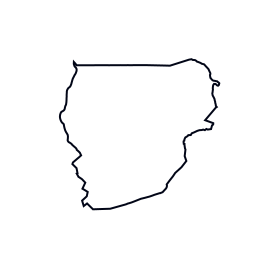 the district of Cuyamecalco Villa de Zaragoza, Oaxaca, Mexico, rotated 294°
{"feature_id": "50627088B17451896307206", "entity_name": "Cuyamecalco Villa de Zaragoza", "entity_type": "district", "adm_level": 2, "iso_a3": "MEX", "parent_name": "Mexico", "parent_adm1": "Oaxaca", "projection": "orthographic", "projection_center": [-96.852, 17.969], "detail": "fine", "context": "isolated", "style": "outline", "palette": "ink", "viewbox_px": 256, "rotation_deg": 294, "n_neighbors": 0, "source": "geoboundaries", "source_scale": "gbopen_adm2", "svg_char_len": 3072}
<svg xmlns="http://www.w3.org/2000/svg" viewBox="0 0 256 256"><g transform="rotate(294 128 128)"><path d="M121.6,194.7L125.4,191.2L130.9,189.5L131.8,189.2L132.5,188.4L135.3,186.6L136.4,186.1L136.2,185.4L137.9,184.4L138.6,184.2L139.3,184.6L140.5,184.2L142.6,184.2L144.8,185.7L146.0,186.0L147.1,188.2L149.1,188.4L150.7,190.0L153.5,192.4L155.1,194.2L156.2,196.3L157.1,197.3L157.3,199.1L159.0,200.0L159.0,201.5L160.8,204.3L164.6,203.7L165.6,204.3L166.3,204.3L167.1,203.9L166.5,195.3L182.6,200.0L183.3,200.5L183.9,199.3L185.4,198.4L186.4,197.5L187.5,196.9L188.5,196.0L189.7,195.2L190.8,193.9L191.5,193.0L192.2,192.1L192.3,192.0L194.0,190.9L195.2,190.7L196.3,190.3L197.6,190.0L198.4,189.5L199.3,189.1L200.9,188.6L201.9,188.4L203.3,188.7L203.8,189.9L203.6,191.0L203.3,191.7L203.1,192.5L203.4,193.2L204.3,193.5L206.0,193.2L206.4,192.3L206.5,191.5L206.9,190.6L206.6,189.3L206.4,188.2L206.0,186.8L206.0,185.9L206.5,184.5L207.1,183.5L207.3,182.9L208.5,182.1L209.8,181.3L210.9,181.3L211.8,180.7L212.2,180.2L212.6,179.7L213.3,178.9L214.5,177.6L215.4,175.6L216.0,174.1L217.1,171.7L216.9,170.2L216.7,169.3L216.8,168.6L217.0,167.8L216.9,167.1L216.9,165.8L216.8,164.8L216.7,163.9L217.1,163.1L217.3,161.7L217.1,161.0L216.5,159.4L216.7,158.1L215.3,156.0L202.0,141.0L199.9,135.9L192.6,118.5L188.5,109.3L187.2,106.5L186.7,105.5L186.0,103.9L185.2,101.9L185.0,101.6L183.6,98.5L182.4,95.7L179.7,89.8L178.9,87.9L177.4,84.7L177.3,84.3L173.8,76.5L173.1,74.9L171.8,72.0L171.5,71.5L169.8,67.6L166.1,59.4L164.4,55.6L165.4,53.7L165.9,52.6L166.3,51.7L164.5,52.4L162.8,53.9L162.3,54.8L161.8,56.0L161.2,56.8L160.3,57.4L159.1,57.8L156.6,58.0L154.9,57.8L154.8,57.7L152.1,57.6L150.7,57.5L148.9,57.7L147.6,57.9L146.2,58.1L145.3,58.3L145.0,58.3L143.2,58.4L142.3,58.2L141.7,58.1L140.6,57.4L140.2,57.3L139.5,57.1L138.1,57.0L137.7,57.0L136.6,57.2L136.0,57.5L134.9,57.9L133.8,58.3L132.8,58.7L132.0,59.1L130.1,59.8L129.4,60.1L128.7,60.4L126.3,61.3L126.2,61.3L124.1,61.9L122.9,61.8L121.3,62.0L119.7,62.4L118.6,62.4L117.6,62.0L116.4,61.2L115.7,60.6L114.2,60.4L112.5,60.6L110.9,61.1L109.9,61.6L108.9,62.3L108.2,62.9L107.4,63.7L106.6,64.7L106.0,65.8L105.7,66.9L105.3,67.8L103.9,68.7L102.8,69.5L102.0,70.1L100.3,71.6L99.7,72.3L98.9,73.3L98.1,74.5L97.2,75.7L95.8,76.6L94.0,77.3L92.4,77.8L91.9,78.1L91.5,78.6L91.0,79.5L90.9,80.9L90.7,81.9L90.5,82.9L90.0,83.7L89.5,85.2L89.1,86.5L88.6,88.2L88.1,89.3L87.2,90.1L86.7,91.8L85.9,94.0L83.9,96.3L83.5,96.1L81.4,95.2L79.6,94.3L74.1,91.7L72.4,91.9L70.4,97.3L66.1,100.3L65.5,99.7L63.2,102.7L63.2,103.1L62.7,106.0L62.5,106.9L60.7,111.2L54.7,111.1L54.0,111.1L53.7,113.9L53.2,117.2L48.8,118.1L46.9,117.3L43.0,115.6L38.7,119.3L42.4,121.3L39.5,129.1L47.0,144.6L57.1,156.8L58.0,157.8L58.6,158.2L59.9,159.8L61.5,161.6L62.3,162.4L62.5,162.6L63.4,163.5L68.6,168.6L71.0,171.7L72.3,173.3L72.8,173.9L73.9,175.3L74.8,176.3L76.3,177.9L77.7,179.3L79.2,181.0L81.4,183.5L81.7,184.1L82.1,184.4L83.4,185.7L87.6,187.1L88.1,187.3L89.0,187.4L89.8,187.4L91.1,187.1L92.2,186.3L97.0,187.4L102.1,188.7L106.2,189.4L106.4,189.5L113.9,192.8L121.6,194.7Z" fill="none" stroke="#020617" stroke-width="2"/></g></svg>